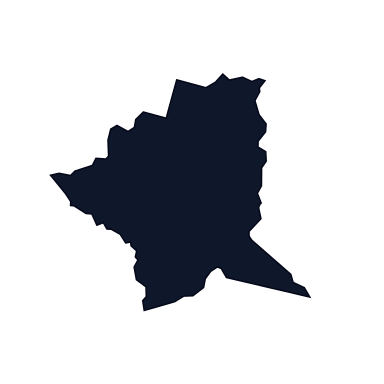 the district of Silver Bow, Montana, United States of America, rotated 15°
{"feature_id": "52423323B9619411594727", "entity_name": "Silver Bow", "entity_type": "district", "adm_level": 2, "iso_a3": "USA", "parent_name": "United States of America", "parent_adm1": "Montana", "projection": "mercator", "projection_center": [-112.671, 45.905], "detail": "fine", "context": "isolated", "style": "filled", "palette": "ink", "viewbox_px": 384, "rotation_deg": 15, "n_neighbors": 0, "source": "geoboundaries", "source_scale": "gbopen_adm2", "svg_char_len": 1152}
<svg xmlns="http://www.w3.org/2000/svg" viewBox="0 0 384 384"><g transform="rotate(15 192 192)"><path d="M176.5,318.8L203.7,302.4L211.0,294.7L219.7,292.0L227.9,281.3L227.3,272.4L230.6,263.8L235.9,257.9L240.0,258.3L247.4,265.7L333.0,263.0L325.2,255.3L313.1,253.2L308.8,246.0L262.4,223.2L258.6,220.0L257.3,215.3L265.5,200.0L260.4,189.9L260.7,186.5L261.7,184.8L255.5,176.3L257.5,168.1L253.0,150.7L255.7,143.0L252.8,134.0L248.2,132.6L244.1,131.5L242.7,125.8L247.5,114.8L246.0,107.1L236.7,99.9L229.1,87.4L231.5,77.6L230.1,74.0L233.7,65.6L227.3,65.2L221.2,69.8L211.1,68.0L199.1,74.2L191.2,70.1L186.2,79.9L178.4,87.7L148.2,87.6L148.0,118.5L148.0,127.4L124.3,127.3L118.9,136.5L119.6,144.5L114.6,150.1L102.3,147.1L97.2,152.3L97.4,163.6L102.1,178.9L100.3,182.4L90.5,184.3L88.9,192.1L73.5,202.1L70.4,207.5L58.8,208.3L51.0,212.4L70.2,226.3L77.3,232.6L78.2,236.5L81.6,235.9L95.2,240.2L100.9,239.1L108.7,248.7L114.3,244.6L119.4,249.8L123.6,248.9L133.5,251.4L141.2,258.4L145.6,256.2L147.1,259.8L153.8,263.2L154.1,269.5L157.4,271.6L155.5,279.5L161.0,291.1L172.1,295.5L174.9,304.9L172.5,309.7L176.5,318.8Z" fill="#0f172a" stroke="#020617" stroke-width="1.5"/></g></svg>